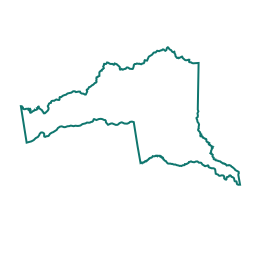 Japurá, Amazonas, Brazil, rotated 171°
{"feature_id": "56859067B39136722056704", "entity_name": "Japurá", "entity_type": "district", "adm_level": 2, "iso_a3": "BRA", "parent_name": "Brazil", "parent_adm1": "Amazonas", "projection": "orthographic", "projection_center": [-68.104, -1.386], "detail": "fine", "context": "isolated", "style": "outline", "palette": "teal", "viewbox_px": 256, "rotation_deg": 171, "n_neighbors": 0, "source": "geoboundaries", "source_scale": "gbopen_adm2", "svg_char_len": 5744}
<svg xmlns="http://www.w3.org/2000/svg" viewBox="0 0 256 256"><g transform="rotate(171 128 128)"><path d="M230.4,166.3L230.4,129.4L225.6,129.9L223.0,130.8L220.8,132.4L218.3,133.3L216.9,134.7L216.0,136.2L214.5,137.2L213.0,136.9L211.9,135.9L211.7,135.4L212.1,133.0L211.9,132.5L210.9,132.2L210.0,132.6L208.3,132.5L207.6,132.7L205.9,134.5L204.1,135.3L202.6,135.6L198.7,137.3L197.3,138.9L194.9,140.0L193.2,140.0L191.0,138.8L189.7,138.7L187.5,139.2L186.0,139.0L184.1,139.3L181.4,138.3L179.7,138.5L177.5,137.9L176.2,137.8L174.5,137.9L172.4,139.0L169.2,139.2L167.7,139.8L165.6,139.3L164.4,139.4L163.3,139.8L162.2,139.8L161.4,140.4L160.5,142.0L160.1,142.1L157.9,140.8L155.3,141.4L153.4,141.3L152.0,140.8L150.2,139.6L149.3,139.4L148.8,138.6L148.9,137.1L148.7,136.7L147.2,134.3L144.1,135.1L142.9,135.0L139.6,133.0L138.0,132.8L136.9,133.2L135.7,134.1L133.7,134.6L132.9,134.4L130.9,133.0L128.2,132.4L126.4,132.8L125.0,133.7L123.1,133.7L121.4,132.9L121.4,108.4L121.1,91.6L120.7,91.8L120.3,91.5L120.3,91.9L120.0,91.6L118.9,91.6L118.9,91.3L118.7,91.3L118.2,91.4L117.7,91.8L117.3,91.7L116.9,92.1L116.2,91.7L116.3,91.8L116.0,92.4L115.6,92.1L114.9,92.3L114.9,92.8L113.2,93.4L112.2,94.4L111.7,94.3L111.2,94.9L110.2,95.1L109.4,95.0L108.4,95.8L108.0,96.3L107.3,96.0L106.3,95.9L105.3,96.2L105.2,96.0L104.6,95.9L104.2,96.2L103.6,96.1L103.3,95.7L103.1,96.0L101.6,95.6L101.1,95.1L100.9,95.3L100.4,94.7L100.4,94.8L99.7,94.3L99.6,94.6L99.2,94.1L98.6,93.7L98.1,93.2L98.2,92.4L97.9,92.2L97.9,91.4L97.4,91.0L96.9,90.1L95.6,89.2L95.3,88.3L94.3,86.8L93.2,86.4L91.7,86.2L90.8,85.7L90.1,85.7L88.3,84.7L86.8,84.5L85.9,83.8L83.8,83.0L83.1,82.5L81.8,82.4L81.1,82.1L79.9,82.6L78.3,82.5L78.0,82.8L77.5,82.9L77.4,83.4L75.8,83.2L74.9,83.7L73.7,84.0L73.1,84.9L72.1,84.9L71.0,85.2L69.9,84.4L68.0,83.8L66.0,84.3L64.6,84.1L63.4,82.7L61.6,82.4L61.1,82.1L60.1,80.1L59.0,79.4L58.4,78.5L57.7,78.2L57.1,78.4L55.9,78.3L54.9,78.6L54.5,78.2L54.4,76.7L53.7,76.2L51.6,75.1L50.0,74.9L49.1,74.4L48.5,73.7L48.4,73.0L48.5,69.1L46.3,67.8L45.7,66.8L44.8,66.4L42.7,66.6L41.2,66.1L40.8,65.5L40.6,64.7L40.9,63.4L40.8,63.0L39.9,61.9L39.1,61.7L38.7,62.1L38.4,63.4L38.0,64.0L36.2,64.2L35.3,65.2L34.4,65.2L33.8,64.6L33.6,63.9L33.3,63.5L32.5,63.2L31.5,62.3L31.2,61.8L31.0,59.0L30.5,58.5L29.3,58.3L29.1,57.7L29.2,56.0L28.9,55.3L27.9,54.7L26.2,54.5L26.4,64.3L26.1,65.4L25.6,66.0L25.6,67.4L28.7,69.8L29.0,70.7L31.1,73.2L31.7,73.5L32.4,74.7L34.0,75.6L34.4,75.4L35.5,75.6L36.4,75.5L37.4,77.2L37.9,77.2L38.9,77.8L39.0,78.2L39.9,78.2L41.2,79.6L41.5,79.7L42.0,80.5L44.1,81.3L44.4,81.7L46.4,82.4L46.5,83.2L47.0,83.2L47.9,83.6L48.2,83.9L48.0,85.3L48.4,85.5L49.0,86.7L48.5,88.3L49.0,88.6L49.3,89.4L49.7,89.3L50.1,89.6L50.0,90.1L50.5,90.3L49.6,91.7L49.5,92.5L48.6,93.7L48.5,94.4L47.6,95.0L47.8,95.4L47.4,95.8L47.9,95.9L47.7,96.3L48.2,96.4L48.1,96.9L49.3,97.9L49.5,98.5L50.0,98.4L50.6,99.0L50.8,99.5L50.1,100.5L51.3,101.5L51.8,101.5L52.6,102.7L52.4,104.5L52.6,104.9L53.4,105.1L53.7,105.6L55.6,106.8L55.6,107.7L56.3,108.4L56.8,108.2L57.7,108.5L57.8,109.1L57.0,109.8L56.6,109.9L56.6,110.3L57.1,110.5L57.6,111.0L57.4,112.2L57.6,112.7L59.0,114.7L58.9,115.8L58.2,116.4L58.1,117.9L57.3,120.2L57.5,121.5L58.4,123.3L58.4,125.3L58.8,126.4L58.8,127.2L57.4,128.0L57.0,129.6L57.1,131.6L55.9,133.4L56.2,135.3L48.1,181.2L53.5,181.7L54.5,182.1L55.3,182.9L57.0,183.4L57.3,183.8L56.8,185.8L57.6,186.0L58.2,185.8L60.1,185.8L61.1,186.3L63.1,188.7L63.1,189.4L63.5,190.1L67.0,189.0L67.5,189.6L68.2,189.4L68.7,189.6L69.8,191.5L69.8,193.4L70.4,194.6L70.2,195.7L70.3,196.1L71.4,195.8L72.0,196.1L72.6,196.7L73.2,198.1L74.6,199.1L75.7,201.3L76.2,201.5L76.8,201.1L77.2,200.7L77.9,199.0L79.0,198.4L79.7,198.9L80.4,199.9L81.2,200.2L82.1,199.8L82.4,199.5L83.7,199.5L85.2,199.0L87.1,199.7L88.9,198.3L90.4,198.5L91.0,198.3L92.8,196.6L96.3,195.2L98.6,191.6L100.0,191.9L100.7,192.4L101.1,192.1L101.7,190.2L102.3,189.5L103.9,189.4L104.7,188.9L105.1,189.0L105.5,189.2L105.9,189.2L106.6,189.7L107.4,189.7L109.2,190.3L110.1,190.0L111.5,190.1L112.5,189.1L112.6,188.3L113.4,186.6L114.0,185.7L114.5,185.6L117.2,186.3L117.5,186.8L118.7,187.8L119.9,187.9L121.1,186.8L122.2,186.9L124.0,186.4L125.0,187.3L125.7,186.9L126.6,186.9L126.9,187.8L126.6,189.1L126.7,189.7L129.2,192.8L129.6,192.8L129.9,193.2L131.1,193.8L132.0,192.7L132.4,192.8L133.2,193.7L135.2,194.0L136.2,194.5L137.2,195.5L138.4,196.0L139.0,195.2L139.8,194.7L141.5,195.1L141.8,194.8L142.0,193.6L142.9,192.7L142.5,190.9L143.4,190.2L144.8,189.6L144.9,188.8L146.2,188.6L147.4,187.7L147.6,187.3L148.1,183.9L148.6,183.7L149.5,183.6L150.1,183.0L151.1,183.0L151.5,182.1L151.5,180.6L152.0,179.7L151.8,178.8L151.9,178.4L152.6,177.8L153.7,177.6L155.3,176.4L156.0,176.0L156.5,176.0L158.8,174.6L160.2,174.4L161.1,172.9L162.7,172.3L162.9,171.5L162.5,170.8L162.6,170.4L164.4,167.7L165.2,167.7L166.7,168.9L168.3,169.3L169.4,170.2L169.7,171.4L171.1,171.7L173.8,171.6L174.7,172.5L176.0,172.8L176.8,172.7L178.3,171.8L182.0,171.6L182.7,171.4L183.9,170.6L185.3,170.5L187.2,170.1L189.2,169.0L190.5,169.2L190.8,168.9L191.2,166.8L191.5,166.5L192.5,166.6L194.4,167.4L196.8,166.4L197.7,166.7L199.1,166.6L199.8,166.1L200.2,164.9L201.5,164.8L202.3,164.4L202.9,163.2L203.8,162.2L203.8,161.8L203.3,160.2L203.7,158.7L204.7,157.6L207.7,155.6L208.7,155.6L209.0,156.0L209.1,156.9L209.8,157.6L210.0,158.8L212.4,161.2L213.3,161.5L213.4,161.9L212.8,162.5L212.8,163.1L213.0,163.2L213.5,163.0L213.5,162.6L214.0,162.0L214.7,161.9L214.4,161.1L215.1,160.5L216.6,160.2L217.1,160.2L217.4,160.6L218.1,159.8L219.3,159.5L221.0,158.5L221.9,158.3L222.1,158.4L222.3,159.1L222.3,160.1L222.8,160.7L221.5,160.8L221.4,161.2L221.7,162.2L222.3,162.1L222.8,162.5L223.4,162.3L223.6,162.7L224.4,162.7L225.8,162.9L226.8,162.7L227.6,162.8L228.4,163.3L228.7,164.1L228.6,164.7L229.1,165.1L229.5,166.1L230.4,166.3Z" fill="none" stroke="#0f766e" stroke-width="2"/></g></svg>